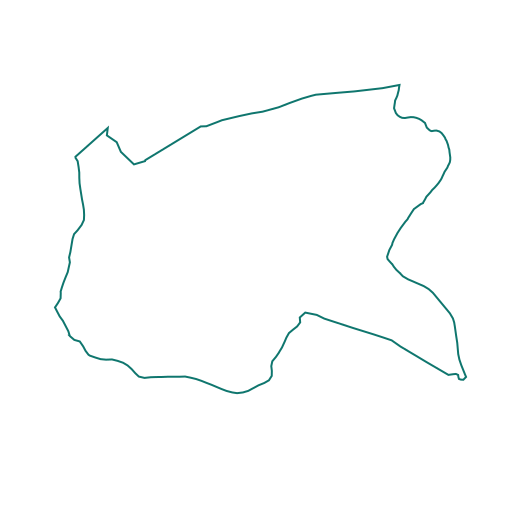 Maswar, Hajjah, Yemen (Natural Earth projection), rotated 262°
{"feature_id": "15242507B94987708240624", "entity_name": "Maswar", "entity_type": "district", "adm_level": 2, "iso_a3": "YEM", "parent_name": "Yemen", "parent_adm1": "Hajjah", "projection": "natural_earth1", "projection_center": [43.687, 15.597], "detail": "fine", "context": "isolated", "style": "outline", "palette": "teal", "viewbox_px": 512, "rotation_deg": 262, "n_neighbors": 0, "source": "geoboundaries", "source_scale": "gbopen_adm2", "svg_char_len": 3326}
<svg xmlns="http://www.w3.org/2000/svg" viewBox="0 0 512 512"><g transform="rotate(262 256 256)"><path d="M248.0,57.6L246.5,57.5L241.3,56.6L237.1,53.4L233.4,50.1L233.1,49.8L228.5,51.4L223.5,53.2L219.2,55.5L218.9,55.7L207.6,59.7L203.2,60.4L203.2,60.2L202.3,60.8L198.2,64.4L195.9,69.6L190.5,72.3L185.8,74.0L181.5,76.4L181.0,77.0L180.4,77.7L179.7,79.1L177.8,82.8L175.5,87.7L174.2,93.1L173.6,99.0L171.4,104.4L168.8,109.5L165.5,113.6L161.2,117.2L156.8,120.1L152.9,123.2L150.8,128.6L150.6,134.9L150.0,140.5L149.3,145.9L149.0,148.9L148.7,152.0L147.9,157.5L147.1,163.3L146.9,165.2L146.5,169.0L144.6,174.3L142.5,179.6L139.9,184.7L137.2,189.4L136.1,191.4L134.6,194.1L131.9,198.6L129.1,203.3L126.5,208.0L124.2,213.5L122.8,218.2L122.7,224.2L123.1,226.7L123.5,229.5L125.3,234.3L125.6,235.2L127.6,240.5L129.1,246.5L131.1,251.5L135.1,254.9L140.0,255.7L144.4,255.8L144.8,255.8L149.5,257.5L153.3,261.7L153.5,261.9L157.2,265.3L157.8,265.7L161.8,269.0L166.3,271.9L167.4,272.6L170.9,274.7L175.1,277.9L177.9,282.4L180.5,286.9L184.1,290.5L189.0,290.8L193.1,296.9L189.2,308.0L184.5,314.9L171.2,342.1L162.0,361.6L157.5,370.8L153.6,378.6L146.3,386.4L134.4,401.2L127.2,410.1L117.1,422.9L111.5,430.0L111.5,434.8L111.4,437.5L110.1,439.6L107.9,439.6L106.0,439.9L105.2,441.4L105.0,442.1L104.6,444.1L107.0,447.2L110.3,446.3L110.8,446.2L119.3,444.1L125.1,443.0L130.7,442.6L142.0,443.2L149.0,443.1L158.3,443.1L162.6,443.0L164.4,442.7L164.5,442.7L166.8,442.3L172.3,440.0L195.0,426.0L199.2,422.4L202.8,418.0L207.5,410.3L208.8,408.2L211.7,403.4L215.5,398.6L218.6,396.4L218.8,396.4L218.9,396.2L222.1,393.6L222.7,393.1L226.2,391.0L228.9,389.8L228.9,389.7L232.1,387.5L234.6,385.9L237.0,385.7L237.2,385.8L243.4,388.9L248.1,392.3L250.0,393.0L253.4,395.1L258.4,398.8L259.1,399.3L263.7,403.3L269.1,408.6L271.3,411.2L272.4,411.9L277.1,415.9L280.5,418.9L284.5,426.4L285.1,428.7L285.4,428.8L286.2,429.4L288.6,431.3L291.0,433.0L292.8,435.2L294.8,437.6L296.9,439.7L297.9,441.1L298.7,442.2L300.8,444.7L302.9,447.0L304.8,448.7L304.9,448.9L306.9,450.5L309.0,451.8L311.1,453.2L313.2,454.5L315.1,456.2L316.9,457.8L318.9,458.9L319.3,459.3L321.7,460.9L322.2,461.1L324.1,461.7L326.5,462.1L329.3,462.1L331.9,462.1L334.4,462.2L336.6,461.8L339.3,461.6L341.7,461.1L343.6,460.7L345.1,460.0L346.9,459.6L349.1,458.5L349.3,458.4L351.9,456.9L353.8,455.0L355.1,452.2L355.3,450.1L355.2,447.5L355.5,446.6L356.4,445.4L359.4,443.0L363.2,442.1L364.2,441.9L367.4,438.8L369.1,436.6L370.5,434.0L371.5,431.4L372.0,428.7L372.0,425.6L371.9,422.7L372.5,419.9L373.8,417.8L375.7,415.8L378.1,414.4L380.4,413.9L382.9,413.3L383.2,413.3L386.7,414.3L388.3,414.8L390.6,415.4L393.0,417.0L395.2,418.3L398.2,419.5L400.3,420.4L402.9,421.1L405.4,421.9L404.6,404.7L405.3,376.3L406.3,358.7L407.4,337.7L406.9,333.0L405.5,323.4L402.9,310.9L400.1,299.0L398.0,282.6L397.8,271.6L396.9,259.0L395.2,241.2L394.1,236.7L391.4,224.9L392.0,219.3L367.1,161.5L366.3,159.7L365.4,159.3L363.7,147.9L377.9,136.7L388.1,133.9L396.2,125.1L403.4,127.0L379.0,90.4L379.1,90.6L374.7,92.6L373.8,92.6L368.8,92.7L363.3,92.6L358.0,91.9L352.6,91.4L347.0,91.4L341.7,91.5L336.3,91.6L331.0,91.9L325.8,92.0L320.4,91.5L319.9,91.4L315.6,90.6L311.0,87.6L309.2,85.8L306.3,82.9L303.0,78.9L298.4,76.7L285.7,72.7L280.6,70.7L275.6,70.8L270.8,69.0L266.2,67.3L261.3,64.4L256.5,61.7L251.9,59.4L248.0,57.6Z" fill="none" stroke="#0f766e" stroke-width="2"/></g></svg>